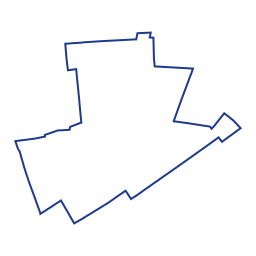 Florica, Buzau, Romania (orthographic projection)
{"feature_id": "2599482B16084496904113", "entity_name": "Florica", "entity_type": "district", "adm_level": 2, "iso_a3": "ROU", "parent_name": "Romania", "parent_adm1": "Buzau", "projection": "orthographic", "projection_center": [26.758, 44.911], "detail": "fine", "context": "isolated", "style": "outline", "palette": "blue", "viewbox_px": 256, "rotation_deg": 0, "n_neighbors": 0, "source": "geoboundaries", "source_scale": "gbopen_adm2", "svg_char_len": 2048}
<svg xmlns="http://www.w3.org/2000/svg" viewBox="0 0 256 256"><path d="M135.7,196.1L143.7,190.4L145.8,188.9L161.3,178.0L161.5,177.9L181.3,164.0L186.4,160.4L207.9,145.1L218.6,137.4L220.2,139.6L220.4,139.8L221.1,140.6L222.0,141.8L240.6,128.2L233.3,120.4L226.6,115.1L225.1,114.0L224.2,113.3L223.6,114.1L223.0,114.8L221.9,116.2L220.9,117.5L219.8,118.9L217.0,122.4L215.2,124.7L214.1,126.1L213.6,126.7L212.2,128.1L211.5,128.8L210.7,127.5L210.6,127.2L210.2,126.8L209.8,126.6L207.5,126.2L206.8,126.1L205.8,125.9L204.0,125.7L196.3,124.5L196.2,124.5L185.9,122.9L176.8,121.7L173.7,121.3L173.7,121.2L182.1,97.8L186.7,85.6L186.8,85.4L187.3,84.0L190.6,75.0L190.8,74.9L193.0,68.6L190.9,68.5L190.4,68.5L189.5,68.4L186.3,68.2L154.7,66.4L153.9,57.6L153.5,40.2L153.4,38.1L153.4,37.7L149.7,37.5L150.2,35.2L150.7,32.6L137.5,33.2L137.2,34.4L136.2,39.4L134.9,39.4L114.1,40.5L95.9,41.5L94.7,41.6L93.3,41.7L85.5,42.2L84.0,42.3L80.9,42.7L72.5,43.2L71.9,43.3L70.1,43.4L68.4,43.6L65.3,43.7L66.3,56.4L66.3,56.5L67.1,63.7L67.1,64.0L68.0,70.3L76.2,69.1L76.6,73.8L77.3,80.7L77.8,85.9L77.9,86.4L78.2,89.4L78.5,92.9L79.2,99.7L79.6,104.4L80.1,110.1L80.6,115.3L81.3,122.4L81.4,122.6L77.5,124.0L74.2,125.3L72.3,126.0L70.1,126.9L69.5,129.8L61.5,130.3L57.9,130.4L44.9,134.9L44.9,136.6L41.8,137.2L41.3,137.3L37.8,138.0L33.8,138.8L31.5,139.0L26.6,139.7L22.2,140.2L19.3,140.6L17.7,140.8L16.5,141.0L16.2,141.0L15.4,141.1L15.4,141.4L15.7,142.3L16.1,143.2L16.3,144.0L16.5,144.4L16.5,144.6L16.9,145.7L17.4,147.1L17.9,148.6L18.6,149.9L19.7,151.5L21.5,157.9L23.3,164.1L23.8,166.1L26.6,174.8L27.4,177.1L29.2,182.6L34.2,196.1L40.5,213.7L40.5,213.8L41.2,213.4L41.8,212.9L42.9,212.2L44.4,211.3L46.2,210.1L48.1,208.8L49.5,208.0L53.1,205.6L53.9,205.1L55.5,204.0L61.0,200.5L66.3,209.7L66.5,210.0L67.0,210.8L67.8,212.2L69.7,215.6L71.4,218.6L73.4,222.0L74.2,223.4L75.2,222.8L83.8,217.9L85.4,216.8L86.7,216.0L88.9,214.7L91.8,212.9L108.4,202.7L113.8,198.9L118.6,195.5L125.6,190.7L130.3,197.9L130.9,198.8L131.0,199.0L134.2,196.9L135.6,196.0L135.7,196.1Z" fill="none" stroke="#1e3a8a" stroke-width="2"/></svg>